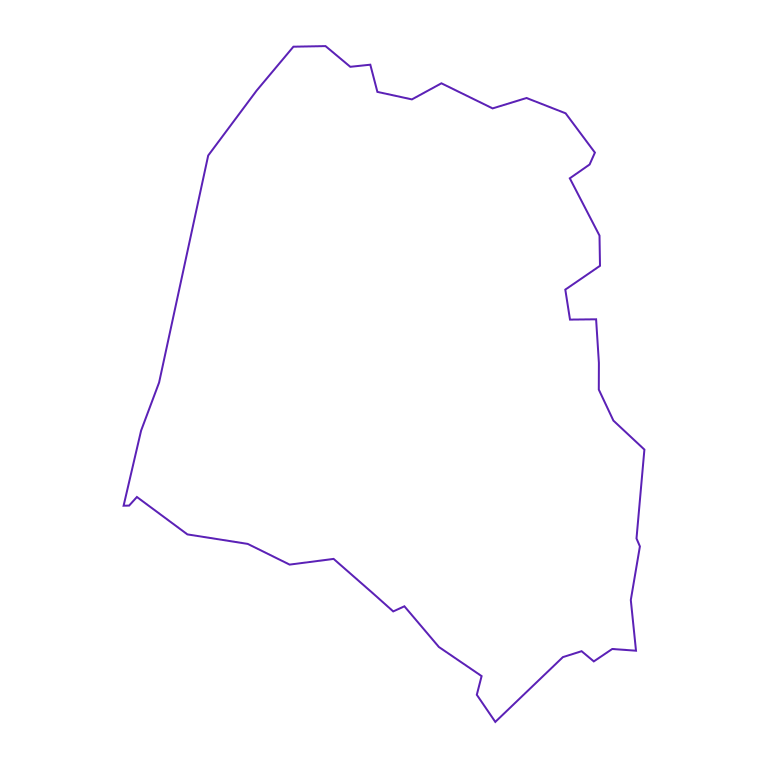 Union, South Carolina, United States of America (Albers equal-area conic projection)
{"feature_id": "52423323B84836072976250", "entity_name": "Union", "entity_type": "district", "adm_level": 2, "iso_a3": "USA", "parent_name": "United States of America", "parent_adm1": "South Carolina", "projection": "albers", "projection_center": [-81.587, 34.679], "detail": "fine", "context": "isolated", "style": "outline", "palette": "violet", "viewbox_px": 768, "rotation_deg": 0, "n_neighbors": 0, "source": "geoboundaries", "source_scale": "gbopen_adm2", "svg_char_len": 706}
<svg xmlns="http://www.w3.org/2000/svg" viewBox="0 0 768 768"><path d="M123.6,505.7L129.1,505.6L136.9,497.0L187.4,534.4L247.7,543.9L289.6,564.6L333.6,558.9L373.8,594.1L393.2,611.4L404.4,606.3L438.9,647.0L481.6,676.1L476.8,694.8L495.3,721.9L562.9,657.1L581.6,651.2L593.8,661.4L612.2,649.0L636.0,650.7L630.8,600.0L639.9,546.4L636.5,538.5L644.4,449.6L613.4,420.6L598.8,389.6L598.9,362.9L596.1,319.3L570.0,319.6L565.3,289.6L600.0,265.8L599.5,235.6L569.8,178.3L589.6,164.5L594.9,152.6L565.6,113.3L526.5,98.0L492.6,108.4L441.4,83.3L411.9,99.4L377.4,91.9L370.3,64.7L350.3,66.8L325.5,46.1L293.4,46.7L256.6,90.6L208.2,155.5L159.1,382.5L141.1,430.6L123.6,505.7Z" fill="none" stroke="#5b21b6" stroke-width="2"/></svg>